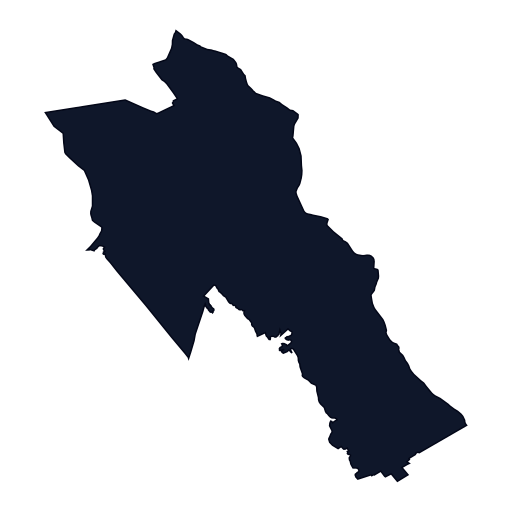 the district of Draganu, Arges, Romania
{"feature_id": "2599482B87206763535971", "entity_name": "Draganu", "entity_type": "district", "adm_level": 2, "iso_a3": "ROU", "parent_name": "Romania", "parent_adm1": "Arges", "projection": "natural_earth1", "projection_center": [24.702, 44.943], "detail": "fine", "context": "isolated", "style": "filled", "palette": "ink", "viewbox_px": 512, "rotation_deg": 0, "n_neighbors": 0, "source": "geoboundaries", "source_scale": "gbopen_adm2", "svg_char_len": 5984}
<svg xmlns="http://www.w3.org/2000/svg" viewBox="0 0 512 512"><path d="M391.2,473.8L397.4,481.3L408.0,474.8L401.9,467.5L407.2,464.4L409.3,463.4L406.8,461.8L409.4,459.5L408.9,458.6L409.6,458.0L415.2,454.6L415.9,453.5L415.8,453.2L417.2,452.4L418.1,452.3L419.2,452.7L466.6,425.3L465.8,424.3L465.2,423.2L464.8,422.1L464.6,420.2L462.8,416.4L461.0,414.2L457.6,411.3L454.0,409.1L449.6,405.8L448.2,404.4L440.1,398.5L435.0,395.9L433.1,394.5L431.7,393.2L426.1,386.4L423.7,383.1L420.6,380.7L413.7,374.4L411.3,371.4L409.7,368.9L408.7,365.9L407.4,363.4L405.3,360.6L404.0,357.7L402.7,355.4L399.3,352.2L399.0,350.7L398.6,350.0L398.9,348.0L398.7,347.0L398.4,346.5L397.6,345.8L396.7,344.2L393.6,343.1L391.9,342.1L389.6,339.7L386.7,335.0L385.9,332.7L386.4,330.3L385.1,325.2L383.9,321.9L382.8,319.6L375.0,309.4L373.9,307.5L372.3,303.4L371.5,298.8L371.0,295.5L371.1,294.6L372.4,292.8L373.4,291.6L374.3,290.2L374.9,286.9L376.2,283.8L376.6,282.1L378.3,278.2L378.5,276.1L378.0,270.4L377.8,269.9L377.1,269.4L374.2,268.7L373.7,268.3L374.1,261.5L373.8,259.3L373.0,257.8L371.0,256.0L369.2,255.3L366.9,255.2L363.9,255.7L362.2,255.7L357.6,254.9L355.8,254.2L354.1,253.0L352.5,251.2L347.4,243.3L345.5,241.9L343.0,240.7L342.6,240.2L342.0,238.8L333.2,231.7L327.1,225.6L326.8,224.5L326.9,223.0L328.1,219.5L327.4,218.8L320.8,216.8L312.8,215.2L310.8,214.6L307.6,214.0L305.9,213.3L305.0,212.6L303.9,211.3L296.9,196.0L296.0,193.2L295.9,191.5L297.3,187.9L299.2,184.9L299.8,183.4L301.2,178.0L301.7,174.6L301.9,170.6L301.4,165.6L301.0,156.0L299.1,148.7L296.4,143.3L292.8,138.3L292.5,137.5L292.9,136.0L293.8,125.9L294.5,123.9L298.0,118.0L298.1,114.7L297.5,114.1L292.9,110.7L289.8,110.2L287.2,108.1L281.8,104.6L279.2,102.4L275.4,101.1L273.6,100.0L269.6,97.9L262.6,95.9L255.6,93.4L254.0,91.7L253.2,91.2L252.5,90.2L250.8,88.4L247.9,85.7L247.2,84.4L246.4,82.1L245.5,78.7L245.0,75.7L243.7,74.5L240.6,69.6L238.0,68.1L236.9,67.1L236.4,64.1L235.8,62.7L233.3,59.4L227.4,56.0L226.1,54.7L225.3,54.3L214.8,51.0L213.8,50.9L211.4,50.1L207.2,49.5L200.7,46.9L199.9,46.0L197.1,44.9L193.7,42.7L188.3,39.8L187.0,39.3L185.1,39.1L184.3,38.8L183.0,37.5L182.6,36.6L181.5,35.2L180.2,33.9L176.0,30.7L175.5,32.5L174.3,34.1L172.5,40.5L172.4,44.5L171.6,48.4L167.4,58.0L165.8,59.9L154.6,63.6L153.0,64.4L154.2,68.0L153.9,68.8L156.2,72.3L162.0,79.8L164.5,81.4L166.8,83.7L173.4,92.7L177.5,98.8L173.4,100.8L173.4,101.8L172.5,103.0L174.0,105.6L158.2,113.2L156.5,113.7L153.7,112.0L150.9,111.2L142.7,107.8L125.2,100.0L45.4,112.6L54.1,126.3L63.2,133.3L63.8,142.8L64.9,152.3L65.7,153.8L69.6,157.7L78.4,165.8L84.4,170.4L88.6,179.9L91.6,190.3L92.5,195.8L92.5,206.1L90.9,211.3L90.8,213.4L91.0,214.8L91.9,217.7L92.5,220.3L94.6,222.1L101.3,226.7L102.0,227.5L101.6,231.0L99.8,234.2L99.3,235.6L97.7,238.0L90.5,246.6L87.0,250.0L89.3,249.9L89.7,249.4L94.1,250.8L94.5,249.9L96.8,248.3L97.8,246.9L99.1,245.8L99.9,245.6L102.4,245.9L104.6,247.2L103.3,248.9L103.8,250.0L104.9,251.2L104.7,251.6L103.5,252.0L103.5,252.9L103.1,253.4L103.4,254.1L103.9,254.3L105.1,254.0L105.8,257.1L106.9,258.7L110.4,262.6L117.4,271.5L145.9,305.4L171.7,337.3L185.1,353.3L188.3,357.4L188.6,358.4L190.7,352.0L194.0,340.8L195.2,334.1L202.8,311.4L204.0,307.0L205.2,303.8L205.5,304.5L205.4,305.7L206.4,307.2L207.3,307.8L207.2,308.3L208.3,308.8L208.3,309.7L210.3,312.1L212.1,312.2L212.5,312.8L213.0,312.2L212.4,311.2L212.8,310.9L213.5,310.9L213.9,310.2L213.9,309.6L213.7,308.9L212.4,308.0L211.1,306.4L211.0,305.8L210.3,305.6L210.1,305.3L210.2,304.9L210.0,304.7L209.6,304.6L208.7,302.7L208.4,298.9L203.6,296.1L213.9,285.0L215.7,285.5L217.2,288.3L218.3,289.4L218.7,290.9L219.4,291.8L220.3,292.2L221.2,293.2L222.3,294.2L223.4,295.6L225.8,297.1L228.6,301.8L229.8,303.1L230.7,303.5L231.9,303.5L233.3,305.4L234.9,305.4L235.8,306.2L235.8,307.1L236.3,307.7L237.8,308.4L239.1,309.6L240.1,309.8L241.6,309.6L242.3,309.9L243.0,310.8L244.5,310.7L243.9,312.9L244.2,314.2L244.9,315.5L247.6,318.6L249.1,319.4L251.7,322.9L251.7,324.7L252.4,326.0L253.9,327.1L254.5,328.0L255.6,331.3L257.0,333.9L257.1,335.3L257.4,336.3L265.3,332.6L266.3,335.9L267.7,337.3L268.6,338.9L269.2,339.5L270.2,339.5L270.4,338.3L270.2,337.0L271.6,336.3L273.5,336.3L275.0,337.1L276.2,336.9L276.6,336.2L277.6,335.9L278.1,334.9L278.9,334.4L279.9,330.0L280.9,333.1L281.0,334.3L280.7,335.5L288.0,328.9L290.1,330.8L291.9,331.7L292.1,332.9L291.4,335.2L288.3,336.7L287.0,336.7L286.2,337.5L285.4,337.8L285.3,338.5L286.1,339.2L287.0,339.8L288.5,340.1L289.9,339.7L290.9,340.2L291.4,341.0L291.6,341.8L290.8,343.1L288.1,345.2L287.0,345.7L286.4,344.7L284.1,343.6L282.5,343.5L281.7,343.8L282.3,344.9L282.2,346.5L280.3,347.4L279.8,347.9L279.4,348.7L279.7,349.1L279.4,350.0L279.8,350.5L280.4,350.5L282.3,349.7L283.4,349.5L283.7,349.8L281.5,351.0L281.6,351.6L282.1,352.3L283.3,353.2L287.1,351.6L288.6,350.2L289.8,350.7L290.9,352.1L291.6,352.6L291.8,352.4L290.8,350.5L290.6,349.4L290.6,348.7L291.1,348.4L292.2,348.5L293.4,349.1L297.5,355.6L298.1,357.1L298.3,358.2L298.4,360.6L299.0,362.5L299.8,363.9L300.1,367.0L300.5,367.1L300.5,368.1L302.5,373.8L302.3,375.7L302.8,376.5L304.3,377.8L308.4,380.1L311.4,383.2L316.0,385.2L316.7,387.2L316.9,391.1L318.5,397.6L318.6,399.7L319.2,401.8L320.5,403.8L324.3,407.5L325.5,411.4L326.4,413.0L327.1,413.3L328.9,415.6L330.5,417.2L332.0,417.9L334.9,418.0L336.6,418.9L337.1,419.8L334.4,421.4L332.7,422.8L331.8,421.5L330.7,421.1L329.9,423.1L329.6,425.8L332.1,430.8L332.0,432.4L330.8,434.1L329.9,436.5L328.9,438.5L328.8,439.4L329.7,442.3L332.5,445.2L338.1,448.6L341.2,446.5L343.1,448.6L343.8,449.2L345.5,449.0L347.1,448.1L348.9,450.9L347.3,451.5L347.8,452.6L347.4,453.5L348.1,454.3L349.9,454.6L350.5,455.1L350.4,456.1L349.3,457.6L349.3,458.8L349.6,460.2L350.0,460.6L350.4,461.9L350.9,464.1L351.9,466.0L353.0,467.9L355.9,467.9L358.1,468.4L358.5,469.7L359.1,470.9L358.8,471.6L357.1,472.6L356.3,473.7L355.5,474.0L355.2,474.8L355.3,475.4L356.0,477.2L356.8,477.8L357.0,478.3L357.8,479.1L371.1,474.8L371.7,475.7L374.1,474.5L374.4,474.9L380.8,471.1L384.6,476.2L385.4,476.8L391.2,473.8Z" fill="#0f172a" stroke="#020617" stroke-width="1.5"/></svg>